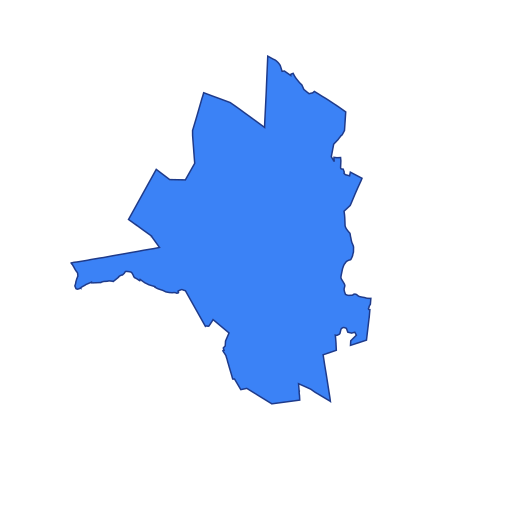 the district of Ciénega de Flores, Nuevo León, Mexico, rotated 321°
{"feature_id": "50627088B12014527787580", "entity_name": "Ciénega de Flores", "entity_type": "district", "adm_level": 2, "iso_a3": "MEX", "parent_name": "Mexico", "parent_adm1": "Nuevo León", "projection": "natural_earth1", "projection_center": [-100.2, 25.971], "detail": "fine", "context": "isolated", "style": "filled", "palette": "blue", "viewbox_px": 512, "rotation_deg": 321, "n_neighbors": 0, "source": "geoboundaries", "source_scale": "gbopen_adm2", "svg_char_len": 6038}
<svg xmlns="http://www.w3.org/2000/svg" viewBox="0 0 512 512"><g transform="rotate(321 256 256)"><path d="M175.2,380.8L199.3,395.5L202.0,391.8L202.9,390.3L203.8,389.0L204.5,388.4L204.4,388.3L208.7,382.0L211.5,387.5L214.5,393.5L214.8,394.2L216.1,398.9L222.2,415.4L222.3,415.8L224.1,412.9L236.1,392.2L240.8,383.9L246.0,375.0L254.4,378.1L259.1,379.8L260.5,377.9L262.6,375.0L262.8,374.8L265.8,370.5L266.6,369.3L267.8,367.4L268.4,368.2L269.3,368.7L270.6,369.0L271.6,369.2L272.5,369.0L275.0,367.1L275.9,366.4L276.7,366.2L277.6,366.2L278.3,366.3L278.8,366.5L279.2,366.8L279.7,367.4L280.1,368.0L280.5,368.7L280.7,369.1L280.5,369.7L279.4,373.0L281.8,376.1L284.8,377.4L284.2,380.7L276.3,381.5L273.2,384.9L283.1,388.7L288.9,390.9L304.8,375.4L305.1,375.2L310.7,369.4L310.4,369.2L309.9,368.4L310.4,367.5L310.8,367.4L311.2,367.3L311.4,367.1L311.7,366.7L313.0,366.0L314.5,365.5L318.6,361.2L317.8,360.6L317.0,359.9L315.7,358.7L315.0,357.8L314.4,356.8L313.7,356.0L312.7,354.9L311.4,353.3L310.5,352.0L310.4,351.4L310.2,351.1L310.0,349.6L309.8,349.2L309.6,348.6L308.7,347.7L308.3,347.4L307.8,347.2L306.5,347.2L305.9,346.9L305.5,346.6L304.2,345.6L303.5,345.2L303.1,344.8L302.3,343.9L302.1,343.5L301.4,342.2L302.2,339.7L303.2,337.7L303.9,336.9L305.5,335.7L306.3,335.1L306.7,334.4L307.1,333.2L307.7,329.0L307.8,327.9L308.1,326.8L308.7,325.8L310.3,324.4L313.1,322.1L315.3,320.3L317.9,318.7L319.6,317.9L320.4,317.8L321.3,317.5L322.1,317.3L323.0,317.2L323.8,317.3L324.4,317.4L325.3,317.6L326.2,318.0L327.1,318.4L327.4,318.4L328.0,318.2L330.3,317.1L331.3,316.5L332.6,315.4L334.2,314.3L336.4,311.7L337.4,310.5L338.0,309.3L339.0,305.8L340.0,303.6L341.0,301.8L341.9,300.0L342.5,299.0L343.0,298.1L343.3,297.4L343.2,296.1L343.2,294.2L343.3,291.8L343.7,289.9L344.3,288.5L349.0,282.2L350.8,279.6L352.6,276.6L360.9,276.0L361.2,275.9L362.2,275.4L364.1,274.4L372.3,270.0L378.1,267.0L385.0,263.6L387.3,262.3L382.1,250.2L379.2,252.6L376.6,249.0L376.4,247.2L377.4,246.3L378.0,244.5L378.4,243.3L377.4,242.4L377.2,242.1L377.0,241.7L377.0,241.4L377.1,241.0L377.3,240.6L381.8,235.5L383.7,232.7L381.6,231.2L380.3,230.1L379.1,228.8L378.7,228.4L378.2,229.0L377.5,229.9L376.6,231.4L376.4,231.3L376.3,231.2L376.2,230.9L376.4,230.4L377.0,226.2L378.2,225.2L381.9,222.1L383.0,221.1L384.0,220.3L385.3,219.2L386.7,218.0L388.8,217.7L389.9,217.6L391.1,217.4L392.9,217.2L394.8,216.7L395.6,216.5L396.3,216.4L397.1,216.2L397.6,216.0L397.8,215.9L398.2,216.1L399.3,216.0L401.3,215.2L403.8,214.1L416.4,200.5L414.1,192.3L410.4,180.5L409.3,177.2L407.9,173.5L406.3,168.7L404.9,164.8L403.2,164.9L402.7,164.8L402.3,164.7L401.4,164.2L399.4,163.3L399.2,162.3L398.9,161.1L398.0,156.7L399.3,151.9L398.9,148.7L398.9,146.7L398.9,143.2L399.2,140.4L399.8,137.4L399.1,137.2L398.0,136.8L397.2,136.7L397.1,137.0L396.6,137.6L394.5,130.2L394.4,130.0L393.6,129.6L392.8,129.1L392.5,128.9L393.6,126.1L394.1,124.8L394.5,123.8L394.7,123.2L394.9,122.0L394.9,121.4L394.9,119.6L394.6,117.3L394.2,115.7L393.2,113.7L391.7,110.0L391.3,109.0L390.9,108.1L372.5,128.9L366.8,135.4L360.0,143.0L345.6,159.1L343.6,161.5L334.8,128.5L332.5,120.5L327.7,112.4L325.5,108.7L322.5,103.7L318.1,96.2L315.1,98.3L313.2,99.5L310.5,101.4L299.2,109.3L296.0,111.5L288.7,116.5L285.6,118.6L285.4,118.9L282.6,122.4L270.2,140.3L266.7,145.4L249.0,152.4L237.0,142.3L235.5,136.1L233.0,125.9L179.9,147.4L181.0,151.3L182.4,156.6L182.5,156.5L184.3,163.5L187.4,174.8L187.0,175.1L187.2,175.3L187.1,176.3L186.4,188.6L184.6,187.7L181.0,185.8L177.9,184.0L172.1,180.7L167.2,178.1L161.3,174.8L156.0,171.9L144.9,165.7L136.3,161.1L133.2,159.2L125.2,154.7L122.6,153.4L118.0,150.8L114.7,148.9L112.8,147.8L110.5,146.3L109.0,145.6L108.1,145.1L107.9,145.1L107.9,145.3L107.9,146.1L107.8,146.3L107.9,147.4L107.8,147.7L107.4,150.4L107.4,150.6L107.3,150.9L107.2,151.1L106.9,153.1L106.8,154.0L106.8,154.5L106.7,155.0L106.7,155.4L106.8,155.8L106.7,156.2L106.6,157.0L106.4,157.4L106.1,157.7L105.5,158.7L104.8,159.6L104.6,159.8L104.3,159.9L104.1,159.9L103.9,160.0L103.3,160.5L102.9,160.6L101.8,161.3L101.1,161.8L100.4,162.3L99.9,162.6L98.6,163.8L97.3,164.7L96.9,164.9L96.5,165.2L96.4,165.3L96.3,165.5L96.2,165.9L96.0,166.5L95.7,167.7L95.6,167.8L95.6,168.0L95.6,168.3L96.1,169.1L96.3,169.4L97.8,170.1L98.6,170.2L99.0,170.3L99.2,170.5L99.4,170.8L99.5,171.0L99.9,170.4L100.0,170.4L100.7,170.4L102.0,170.6L103.3,170.8L103.8,170.9L104.7,171.1L105.7,171.1L111.7,172.8L111.3,173.4L112.3,174.2L115.0,176.2L117.7,178.2L118.3,178.7L118.7,179.0L119.0,179.0L119.4,179.0L119.9,179.2L120.3,179.4L120.8,179.6L121.2,179.7L121.5,179.9L122.6,180.6L123.3,181.2L124.2,181.8L125.2,182.4L125.9,182.7L126.4,183.1L126.7,183.3L127.0,183.7L128.6,185.3L128.9,185.9L129.0,186.0L129.6,185.9L130.2,186.0L132.9,186.0L135.9,186.0L136.1,185.7L137.4,185.7L139.5,186.2L139.7,186.3L139.9,186.6L140.6,186.7L141.8,186.6L142.8,186.5L144.7,185.9L145.0,186.0L145.7,186.5L147.3,188.1L148.1,189.0L148.7,189.8L148.8,190.3L148.9,190.8L148.9,191.3L148.7,192.5L148.5,193.6L148.0,195.2L148.0,195.9L148.0,196.5L148.4,197.1L148.9,198.4L149.1,198.9L150.0,201.8L150.1,202.0L151.2,201.3L152.8,207.0L153.5,208.4L154.6,210.9L158.2,216.2L157.8,216.5L158.5,218.3L158.9,219.2L159.5,220.3L161.9,224.0L163.4,227.2L165.7,229.9L167.0,231.1L167.7,231.8L168.2,232.1L169.3,232.8L170.1,233.6L170.5,234.1L170.8,234.8L171.1,235.1L171.4,235.3L171.7,235.4L172.0,235.6L172.3,235.7L172.6,235.7L172.8,235.6L173.0,235.3L173.0,235.1L173.0,234.8L173.2,234.4L173.3,234.3L173.4,234.2L173.6,234.2L175.3,234.7L176.8,235.1L177.5,235.7L178.6,237.6L179.3,238.5L172.4,278.8L172.6,278.8L172.8,278.8L173.2,279.0L173.6,279.4L174.8,280.6L175.0,280.7L175.2,280.8L175.3,280.8L176.3,280.5L178.0,280.0L179.4,279.5L180.2,279.3L182.6,278.4L182.7,278.9L186.6,298.8L185.9,299.2L178.8,302.9L175.5,306.5L172.7,306.9L171.8,309.2L170.8,308.7L170.5,309.3L170.1,313.2L170.0,314.1L170.0,314.4L169.5,315.4L168.4,318.3L167.1,321.1L166.7,322.2L165.4,325.2L163.7,329.3L163.0,331.0L161.8,333.9L160.9,335.9L160.5,337.0L161.9,338.1L160.1,350.3L165.4,353.0L165.7,353.5L170.4,367.0L174.9,379.8L175.1,380.2L175.1,380.5L175.2,380.8Z" fill="#3b82f6" stroke="#1e3a8a" stroke-width="1.5"/></g></svg>